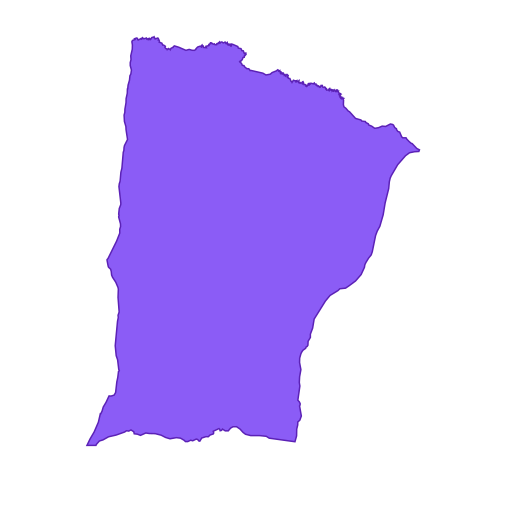 the district of Igunga, Tabora, United Republic of Tanzania, rotated 7°
{"feature_id": "72390352B54001884070734", "entity_name": "Igunga", "entity_type": "district", "adm_level": 2, "iso_a3": "TZA", "parent_name": "United Republic of Tanzania", "parent_adm1": "Tabora", "projection": "natural_earth1", "projection_center": [33.703, -4.378], "detail": "fine", "context": "isolated", "style": "filled", "palette": "violet", "viewbox_px": 512, "rotation_deg": 7, "n_neighbors": 0, "source": "geoboundaries", "source_scale": "gbopen_adm2", "svg_char_len": 5884}
<svg xmlns="http://www.w3.org/2000/svg" viewBox="0 0 512 512"><g transform="rotate(7 256 256)"><path d="M174.6,54.7L172.6,55.7L171.1,57.7L171.1,58.3L169.8,59.4L167.4,59.6L164.5,59.1L161.4,60.4L153.9,58.2L149.4,57.4L148.4,58.3L148.3,59.1L146.5,60.0L145.8,61.7L145.3,61.0L144.3,61.3L143.8,60.8L142.7,62.0L142.3,61.3L141.2,61.1L140.2,60.1L140.5,58.9L138.6,57.9L137.7,58.0L136.6,56.2L133.9,55.6L134.0,54.6L133.5,53.6L132.7,53.5L133.0,52.8L132.4,51.9L132.0,51.6L129.4,52.8L128.1,50.8L127.3,51.7L126.7,51.5L125.9,51.9L125.0,53.9L123.8,52.9L123.3,53.1L123.5,54.2L122.6,54.4L122.2,53.6L121.3,54.1L120.7,53.0L118.4,54.0L117.7,54.0L116.8,53.1L116.1,53.9L116.2,54.5L115.7,54.8L115.3,54.2L112.9,55.9L112.2,55.7L111.8,54.4L110.8,54.2L108.9,55.2L109.5,55.9L107.1,57.1L106.7,58.5L107.6,61.6L108.0,65.9L107.3,72.6L108.0,76.3L107.6,79.4L108.0,82.4L109.7,86.6L109.6,90.6L108.9,92.5L109.0,96.9L108.2,102.0L108.3,105.8L108.0,105.9L108.4,110.2L107.9,115.6L108.3,119.7L108.0,126.2L108.3,129.4L107.9,132.2L109.0,138.5L111.1,143.4L111.6,146.4L114.3,156.0L112.0,162.4L111.8,164.5L112.0,167.3L111.6,169.2L112.2,185.3L111.7,189.3L112.0,198.3L111.5,200.9L111.5,203.8L115.4,220.0L115.5,221.6L114.5,225.5L114.6,231.2L115.1,232.3L114.9,233.9L117.6,240.6L118.0,243.3L117.5,246.1L118.0,249.9L115.8,258.3L109.4,276.6L108.6,277.7L108.7,278.5L110.5,284.1L111.0,285.1L113.3,286.8L114.2,289.0L115.0,292.5L116.2,294.6L120.0,299.1L122.9,304.1L123.4,305.7L124.1,313.9L127.0,328.3L126.3,331.6L126.8,333.9L126.5,337.6L127.2,362.2L129.4,372.0L131.3,375.9L133.6,385.3L134.3,386.5L133.6,387.4L133.6,393.5L133.2,397.9L133.3,408.6L132.1,411.4L129.2,412.7L127.2,412.8L125.0,419.5L122.8,424.5L122.1,428.8L121.0,431.8L120.7,431.7L119.8,440.2L116.8,450.4L113.6,457.8L111.3,464.6L120.2,463.5L120.6,462.3L123.1,458.7L126.5,457.2L131.7,453.4L138.9,450.8L147.1,446.7L148.8,445.2L151.0,445.3L153.1,443.9L156.1,445.3L156.8,447.3L160.0,447.3L163.2,448.1L168.2,445.1L171.7,445.2L177.6,444.6L183.7,445.4L188.3,447.1L192.9,447.9L199.1,446.0L203.2,446.0L207.0,447.6L208.6,448.8L210.9,448.5L213.6,446.8L215.7,447.1L219.0,445.0L220.4,445.2L221.9,446.6L222.8,446.6L224.3,443.3L228.3,441.4L230.7,441.2L232.2,439.3L235.3,437.8L235.6,436.8L234.9,435.2L240.3,431.8L241.1,432.4L241.7,433.8L243.0,433.3L243.8,431.9L246.8,433.3L249.8,432.9L251.7,430.0L253.9,428.3L257.5,427.8L261.2,429.7L264.7,432.7L267.3,434.2L272.7,434.9L281.8,433.8L288.2,433.7L291.3,435.2L317.3,435.6L318.2,429.6L317.5,422.8L318.0,418.6L317.7,415.7L319.5,413.6L320.5,409.3L317.5,399.5L317.9,398.5L317.8,397.1L316.7,395.4L315.1,394.0L315.4,379.7L314.4,376.3L314.0,370.5L314.4,363.3L312.2,356.4L311.8,352.0L312.5,347.4L313.3,345.3L314.2,343.7L316.5,341.6L316.8,340.3L317.8,339.5L318.4,338.2L318.1,334.3L319.9,330.2L319.5,326.9L321.0,320.7L321.4,311.5L330.4,292.2L334.3,286.1L341.6,280.3L343.2,278.3L348.8,277.0L352.0,274.2L357.8,268.7L362.6,261.6L365.0,254.1L365.1,251.4L365.9,249.0L368.1,244.2L370.2,240.9L370.9,237.6L372.2,221.1L373.3,216.5L375.3,211.4L377.2,199.6L377.7,187.7L379.5,172.9L379.3,166.0L379.7,162.3L380.5,159.7L385.5,148.1L392.2,138.2L395.8,134.8L400.6,133.2L404.9,132.4L405.3,130.7L402.5,129.7L397.3,125.4L396.4,125.3L394.1,123.8L391.5,121.7L390.5,120.4L387.3,120.8L386.1,120.0L383.5,115.5L381.6,115.1L380.2,113.6L379.9,112.6L378.0,111.6L376.6,109.4L375.6,108.8L373.3,108.6L368.9,111.6L365.4,111.7L362.0,113.7L358.3,114.8L354.9,113.0L351.9,112.2L351.4,111.1L348.7,110.1L348.2,109.2L344.6,109.2L343.6,108.2L338.0,107.3L331.2,101.4L329.9,100.9L327.3,98.5L325.1,97.2L324.3,95.1L323.9,90.6L323.2,89.6L323.7,89.0L323.1,89.0L322.9,88.5L322.4,88.9L322.6,88.1L322.2,89.0L321.7,89.0L321.6,87.8L321.0,88.0L320.7,88.8L320.0,88.0L320.2,87.0L319.4,86.9L319.2,86.2L320.1,85.6L319.0,85.4L319.9,84.5L318.4,84.2L318.1,83.4L317.5,83.1L317.7,82.2L316.3,82.5L316.5,81.3L315.9,81.3L315.4,83.1L314.8,83.0L313.9,81.5L312.9,83.0L312.2,82.7L312.7,81.9L312.3,81.7L311.6,82.7L311.5,81.9L311.1,81.9L310.3,82.9L310.6,81.6L309.6,81.4L309.1,82.1L308.7,80.8L308.0,81.5L308.1,82.8L307.6,82.4L305.9,82.7L305.6,81.5L304.4,82.0L304.9,81.4L304.4,80.3L303.5,79.9L303.0,80.4L301.8,80.3L301.0,78.6L299.8,78.8L299.9,79.5L299.1,79.8L299.3,80.5L298.8,80.8L297.8,80.0L297.2,80.2L297.0,79.5L296.0,79.7L295.6,78.9L294.9,79.1L294.6,78.0L292.8,78.1L292.7,77.3L291.7,78.1L289.4,77.8L289.1,78.5L288.6,78.4L288.4,79.0L287.9,78.5L287.6,79.2L287.0,78.6L286.7,79.0L287.3,79.9L286.6,80.0L285.7,81.6L284.7,81.2L284.9,80.3L283.8,79.8L282.9,80.1L282.5,79.4L281.6,79.5L282.1,78.4L281.4,77.2L280.9,77.5L281.2,78.3L280.6,78.9L280.0,78.6L278.9,79.1L278.7,78.5L277.6,78.9L277.3,78.6L277.3,76.8L276.3,77.8L275.5,77.7L274.5,78.4L274.3,78.0L274.9,77.0L273.6,77.4L271.7,77.0L270.6,79.3L270.1,78.5L269.5,78.4L268.0,75.7L266.5,75.7L266.2,75.0L265.4,74.8L265.1,74.3L265.8,73.8L266.0,73.0L264.6,72.0L263.3,73.7L262.7,72.3L262.2,72.3L261.9,72.9L261.6,72.2L260.9,72.1L260.8,71.1L260.1,71.1L259.8,71.7L259.6,71.3L258.8,71.9L258.7,71.3L258.2,71.7L257.9,71.5L258.1,70.1L256.9,70.1L257.0,69.1L255.9,69.6L255.8,69.0L254.9,68.5L253.6,69.8L249.6,72.0L248.0,73.8L243.8,75.1L240.6,73.7L228.1,72.4L227.6,72.7L226.0,71.0L224.1,71.2L221.5,69.5L220.9,68.5L219.2,68.4L218.2,66.7L216.1,65.2L216.5,64.6L217.2,64.8L217.3,64.0L218.4,62.9L218.9,60.6L220.1,60.2L220.2,58.2L220.8,58.2L220.9,57.4L221.5,57.2L221.2,55.8L219.6,56.2L218.4,53.9L217.0,53.9L215.8,52.0L213.1,51.8L212.4,50.3L206.9,48.7L205.6,48.6L206.0,50.2L205.6,50.8L204.8,50.3L204.6,49.3L203.4,49.9L203.2,48.9L202.2,49.6L201.5,47.7L200.7,48.9L200.2,48.8L199.8,47.6L199.2,47.4L198.0,48.4L197.2,48.4L196.1,47.7L194.6,48.2L194.4,48.8L193.7,48.1L193.5,49.1L192.9,48.9L192.4,49.9L191.7,49.7L191.2,50.1L191.2,51.0L189.6,51.3L188.8,50.5L187.8,51.0L185.9,49.9L184.9,49.9L185.1,50.9L184.3,51.0L183.4,51.8L183.8,52.3L183.5,52.9L180.7,54.0L181.4,55.3L178.4,55.4L178.1,54.1L177.3,54.4L177.1,53.9L176.4,55.3L175.9,55.0L176.0,54.1L175.6,54.6L174.6,54.7Z" fill="#8b5cf6" stroke="#5b21b6" stroke-width="1.5"/></g></svg>